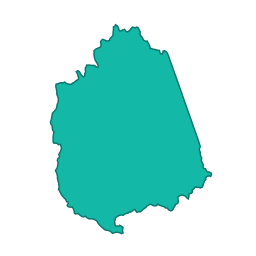 Itaju do Colônia, Bahia, Brazil (Mercator projection), rotated 173°
{"feature_id": "56859067B77750533051521", "entity_name": "Itaju do Colônia", "entity_type": "district", "adm_level": 2, "iso_a3": "BRA", "parent_name": "Brazil", "parent_adm1": "Bahia", "projection": "mercator", "projection_center": [-39.711, -15.16], "detail": "fine", "context": "isolated", "style": "filled", "palette": "teal", "viewbox_px": 256, "rotation_deg": 173, "n_neighbors": 0, "source": "geoboundaries", "source_scale": "gbopen_adm2", "svg_char_len": 3962}
<svg xmlns="http://www.w3.org/2000/svg" viewBox="0 0 256 256"><g transform="rotate(173 128 128)"><path d="M193.9,180.4L194.6,178.5L194.5,176.9L194.3,174.9L194.2,172.8L194.4,171.0L194.5,169.7L193.9,168.0L193.6,166.0L193.7,164.4L194.1,163.1L194.3,161.6L195.4,160.2L195.9,158.4L196.3,156.9L197.1,155.5L198.6,154.0L200.2,152.8L201.2,151.9L201.7,150.1L202.4,148.1L203.0,145.8L204.3,143.2L203.9,141.0L203.1,139.9L203.0,138.5L203.2,136.6L202.9,134.7L201.9,133.2L202.7,131.0L203.3,128.9L203.7,125.9L204.0,124.0L203.8,122.2L202.2,121.8L200.4,121.6L199.1,119.9L197.2,120.0L196.7,118.2L196.5,116.0L197.6,113.4L198.9,111.6L199.9,110.1L199.3,108.5L200.0,107.0L201.3,106.1L202.1,104.5L201.6,102.2L202.0,100.5L202.6,98.6L203.3,96.7L204.5,95.5L205.2,94.4L204.4,92.3L204.0,90.0L203.9,88.3L204.2,86.6L203.9,84.1L203.5,81.8L203.5,79.8L203.6,77.4L204.5,75.5L203.5,74.2L203.3,72.6L202.7,71.3L202.0,69.5L201.0,68.1L199.9,66.4L198.4,64.5L198.0,62.4L196.4,61.8L196.6,60.3L197.8,58.5L197.0,57.2L195.6,56.7L194.3,56.3L192.8,56.4L192.0,54.1L191.5,51.9L191.7,50.3L190.6,49.0L188.7,49.3L187.3,48.5L185.9,47.0L184.5,45.7L182.8,45.2L181.1,45.6L179.4,43.7L177.6,42.5L175.6,42.4L174.0,42.0L172.2,41.0L170.4,39.8L169.7,38.1L168.9,36.3L167.8,34.9L166.6,33.4L165.1,31.8L164.2,30.6L163.0,29.6L161.1,29.0L159.7,28.5L158.1,27.7L156.2,25.3L153.5,25.9L151.5,25.9L149.3,25.2L147.4,24.0L145.7,24.4L146.0,26.3L145.6,28.1L145.1,30.0L146.5,31.2L148.1,32.4L149.1,31.7L150.9,32.0L152.1,32.2L152.7,33.4L152.7,35.2L152.7,36.9L151.9,38.7L151.3,40.4L150.2,41.2L148.6,41.8L147.4,42.3L145.6,42.6L143.3,42.0L141.6,43.1L140.0,43.4L138.4,43.4L136.9,44.5L135.4,44.3L133.5,45.2L132.4,46.2L130.9,46.2L130.5,45.0L129.6,43.3L127.4,43.6L126.0,43.3L124.6,44.1L122.8,45.4L121.4,46.2L120.0,47.0L118.8,48.2L117.1,49.0L115.6,49.7L114.0,49.1L112.5,47.9L110.7,47.4L109.0,47.6L108.1,48.8L106.9,48.0L105.1,47.0L103.3,46.1L101.7,45.4L100.6,44.2L98.8,43.7L97.5,41.8L96.1,40.7L94.5,40.7L93.0,42.0L92.3,43.5L91.2,44.7L89.8,46.4L87.6,47.4L87.0,48.9L87.1,50.9L87.0,53.1L85.8,54.2L84.1,54.7L82.2,54.9L80.5,54.0L79.2,53.5L78.3,51.8L76.9,50.3L76.3,51.7L75.7,53.4L75.4,55.3L72.9,55.6L71.7,56.7L72.0,58.4L70.3,59.3L69.4,60.4L68.2,61.3L66.7,60.7L64.8,60.4L63.4,59.7L61.7,60.1L60.6,61.7L59.9,63.4L59.1,65.0L58.3,66.3L57.0,67.3L57.1,69.3L55.3,70.3L53.3,70.7L51.9,69.9L50.8,71.5L50.9,73.0L52.5,74.3L54.5,74.7L55.6,76.3L56.0,78.1L58.0,78.8L58.3,80.4L57.8,82.0L58.1,83.5L58.8,85.2L59.2,86.5L58.9,87.9L58.5,89.4L59.2,91.0L59.4,92.9L59.2,95.0L59.8,96.9L59.5,99.2L58.5,100.7L59.7,107.0L74.4,173.9L74.8,175.4L78.7,193.1L79.9,197.7L80.9,199.1L82.2,200.2L83.8,200.1L84.2,198.4L85.1,197.1L86.7,197.7L87.2,199.5L87.4,201.2L89.1,201.5L90.8,202.3L92.3,202.9L93.8,203.2L94.9,204.0L96.3,204.2L96.3,205.6L96.6,207.4L97.2,208.9L97.8,210.2L98.3,211.9L99.9,212.0L101.7,213.1L102.5,215.2L103.3,217.0L104.6,218.6L104.6,220.4L104.2,222.0L104.7,223.3L105.2,224.7L105.8,226.5L107.2,227.1L108.7,226.5L110.0,227.2L111.4,227.6L112.5,226.6L114.2,224.9L116.0,223.7L117.6,223.5L118.5,224.7L119.5,226.4L121.7,225.9L123.2,225.1L124.8,225.7L125.2,227.9L125.4,229.3L126.3,230.7L127.8,232.0L128.5,230.8L130.2,230.0L130.4,227.5L130.9,225.8L131.4,223.6L131.6,221.6L133.3,220.3L134.9,219.0L135.6,217.3L137.5,216.8L139.3,217.3L141.1,218.5L142.4,219.1L143.7,218.2L144.7,217.1L144.7,215.2L144.6,213.4L145.6,211.6L147.5,211.1L149.5,210.5L150.9,209.9L152.3,208.9L152.5,207.0L152.8,204.9L152.8,202.9L152.5,200.9L152.1,198.8L151.4,197.5L150.7,195.7L149.9,193.9L150.4,192.0L151.9,192.3L153.4,194.0L154.8,194.4L156.5,194.5L158.7,195.2L161.3,195.5L162.0,193.8L163.0,192.8L163.3,190.9L163.2,189.0L164.3,187.0L164.6,185.1L165.6,184.2L166.8,184.8L168.0,186.5L168.8,188.4L169.5,190.0L170.9,191.0L172.5,190.2L171.8,188.5L171.4,186.8L171.2,185.4L170.9,183.8L171.3,182.3L172.8,181.7L174.7,180.7L176.4,179.5L177.7,179.4L178.6,178.2L180.3,178.5L181.8,178.7L184.1,180.0L185.2,181.3L186.9,180.7L188.9,181.1L190.3,181.0L191.9,180.4L193.9,180.4Z" fill="#14b8a6" stroke="#0f766e" stroke-width="1.5"/></g></svg>